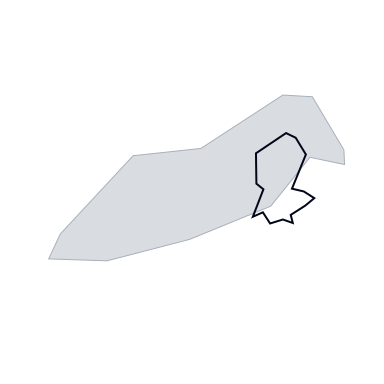 Bahrain, with Al Wusţá highlighted, rotated 71°
{"feature_id": "BHR-4928", "entity_name": "Al Wusţá", "entity_type": "Governorate", "adm_level": 1, "iso_a3": "BHR", "parent_name": "Bahrain", "parent_adm1": "", "projection": "mercator", "projection_center": [50.59, 26.145], "detail": "fine", "context": "in_parent", "style": "outline", "palette": "ink", "viewbox_px": 384, "rotation_deg": 71, "n_neighbors": 0, "source": "natural_earth", "source_scale": "10m", "svg_char_len": 574}
<svg xmlns="http://www.w3.org/2000/svg" viewBox="0 0 384 384"><g transform="rotate(71 192 192)"><path d="M229.4,294.8L208.6,349.3L188.8,330.2L138.5,235.8L153.7,169.4L129.9,74.6L141.1,47.2L201.7,34.7L215.7,38.8L197.6,69.2L231.0,122.1L236.0,209.5L229.4,294.8Z" fill="#d9dde1" stroke="#a8b0b8" stroke-width="1"/><path d="M193.6,72.1L221.4,96.4L227.9,86.1L237.6,78.4L241.7,89.2L245.8,106.1L254.1,106.8L247.6,115.0L247.2,128.4L234.3,131.6L235.2,142.5L212.7,123.6L205.1,128.4L176.2,118.9L166.9,83.9L174.5,76.3L193.6,72.1Z" fill="none" stroke="#020617" stroke-width="2"/></g></svg>